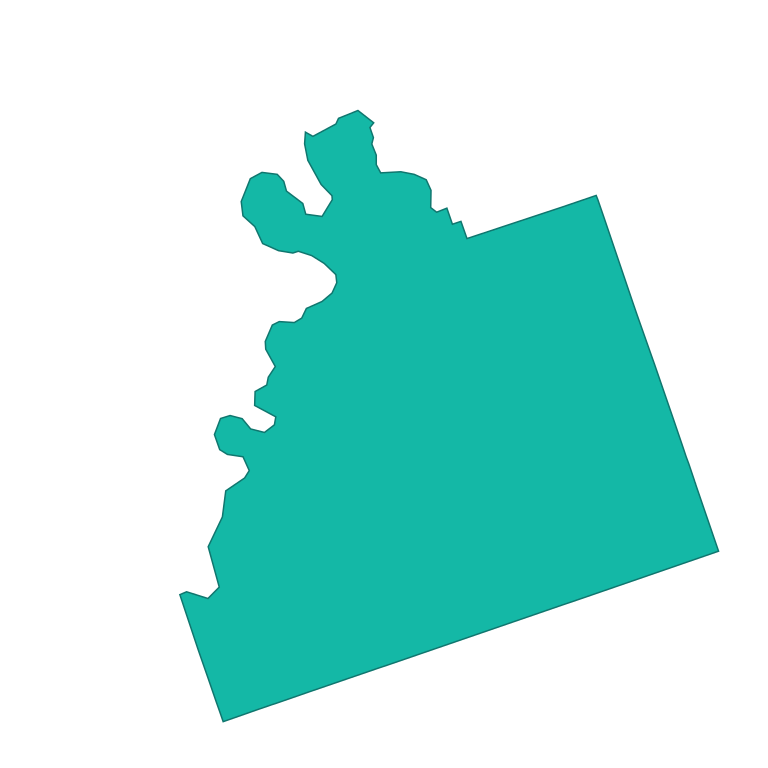 Osage, Oklahoma, United States of America, rotated 71°
{"feature_id": "52423323B53905412761485", "entity_name": "Osage", "entity_type": "district", "adm_level": 2, "iso_a3": "USA", "parent_name": "United States of America", "parent_adm1": "Oklahoma", "projection": "mercator", "projection_center": [-96.591, 36.58], "detail": "fine", "context": "isolated", "style": "filled", "palette": "teal", "viewbox_px": 768, "rotation_deg": 71, "n_neighbors": 0, "source": "geoboundaries", "source_scale": "gbopen_adm2", "svg_char_len": 1586}
<svg xmlns="http://www.w3.org/2000/svg" viewBox="0 0 768 768"><g transform="rotate(71 384 384)"><path d="M387.4,122.2L297.1,121.8L294.5,121.8L281.4,121.8L279.1,121.8L274.8,122.0L274.7,158.2L273.5,258.2L255.3,258.3L255.2,267.3L238.2,267.3L238.7,278.3L232.4,282.4L216.2,276.5L204.6,277.6L195.6,287.2L188.8,299.0L183.3,318.4L174.1,319.9L165.1,316.8L153.1,317.4L147.6,313.8L136.9,313.8L133.7,308.7L116.9,319.6L118.0,340.5L122.5,344.8L126.7,370.6L120.3,376.3L131.1,380.9L147.7,383.2L174.9,378.5L189.0,371.9L192.9,372.9L205.4,388.0L198.0,402.7L186.9,402.0L169.9,413.4L159.7,412.8L151.0,416.7L144.2,430.5L146.3,443.5L165.0,459.6L179.1,462.6L193.1,454.9L211.7,453.0L223.6,440.3L230.5,427.5L230.6,421.8L239.0,410.6L250.5,401.3L264.9,393.9L272.9,395.7L281.1,403.5L285.8,415.7L287.3,432.8L294.9,440.3L296.7,448.8L290.9,462.7L291.9,470.4L305.1,482.4L312.6,484.5L332.1,481.1L339.9,491.2L346.8,495.2L349.1,508.3L362.2,513.3L379.8,497.0L386.9,500.9L390.9,512.8L383.1,524.7L370.6,529.4L363.7,539.8L363.4,549.8L376.6,560.8L392.6,560.7L399.6,555.0L406.9,541.0L422.0,539.6L427.5,546.4L433.5,568.4L457.1,580.1L480.6,603.2L522.4,605.9L529.5,620.3L516.2,638.3L516.7,645.6L574.0,646.2L580.4,646.2L605.8,646.1L629.5,646.1L641.5,646.0L650.9,646.0L650.7,609.9L650.7,595.7L650.7,594.3L650.8,590.8L650.7,555.0L650.8,482.5L650.9,472.4L651.0,287.0L651.1,265.6L651.0,122.1L580.5,122.0L579.5,121.9L577.5,122.0L576.2,121.9L574.9,121.9L574.1,121.9L558.6,121.8L551.0,122.0L542.1,121.9L512.6,121.8L511.2,121.8L453.4,121.8L442.8,121.9L400.1,122.2L387.4,122.2Z" fill="#14b8a6" stroke="#0f766e" stroke-width="1.5"/></g></svg>